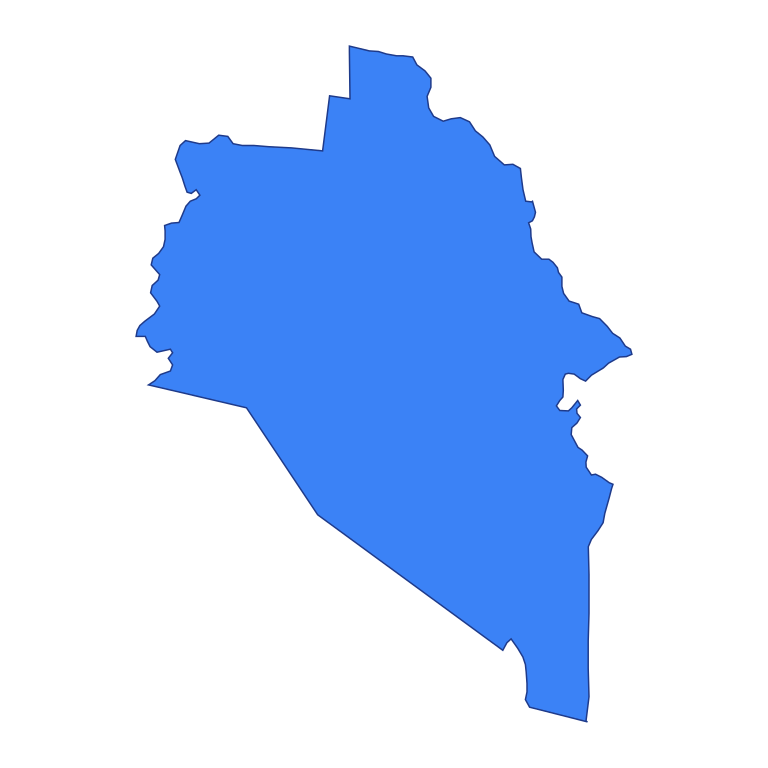 outline of Bera, Pahang, Malaysia
{"feature_id": "92858781B37033160198468", "entity_name": "Bera", "entity_type": "district", "adm_level": 2, "iso_a3": "MYS", "parent_name": "Malaysia", "parent_adm1": "Pahang", "projection": "robinson", "projection_center": [102.581, 3.142], "detail": "fine", "context": "isolated", "style": "filled", "palette": "blue", "viewbox_px": 768, "rotation_deg": 0, "n_neighbors": 0, "source": "geoboundaries", "source_scale": "gbopen_adm2", "svg_char_len": 2337}
<svg xmlns="http://www.w3.org/2000/svg" viewBox="0 0 768 768"><path d="M175.3,159.4L180.1,172.2L182.2,177.6L184.9,186.1L187.1,192.2L191.3,193.4L196.2,189.7L199.9,195.2L196.2,198.8L190.3,201.2L186.0,206.1L182.2,215.2L179.0,222.5L171.5,223.1L164.6,225.5L165.1,230.9L165.1,239.4L163.5,246.7L158.7,253.4L152.8,258.2L151.2,264.9L156.0,270.4L159.7,274.6L158.1,280.1L152.2,285.5L150.6,292.8L157.0,301.3L159.7,306.1L154.4,314.0L144.7,321.3L139.9,325.5L137.2,330.4L136.1,336.4L145.3,336.4L147.4,341.3L150.1,346.7L157.0,352.2L170.4,349.2L172.6,352.8L168.3,358.3L172.6,364.9L170.4,371.0L160.3,374.6L154.9,380.7L148.5,384.9L155.4,386.5L246.5,407.8L317.7,514.8L502.8,650.3L506.9,642.7L511.1,638.9L517.8,648.4L522.9,657.0L525.4,664.5L526.2,672.1L527.0,683.5L527.0,692.0L525.4,699.6L529.6,707.2L532.0,707.8L587.5,721.9L586.0,721.1L589.0,696.7L588.2,668.3L588.2,640.8L589.0,613.4L589.0,574.5L588.3,546.7L591.4,539.4L597.9,530.8L603.1,522.7L604.8,513.4L609.2,497.8L611.6,488.5L613.0,484.3L609.2,482.7L601.7,477.3L595.5,474.2L591.4,475.0L586.2,467.2L585.9,462.1L587.6,455.9L582.1,450.1L578.0,447.4L571.2,434.6L571.8,427.6L577.0,423.0L580.4,417.5L577.0,413.3L576.6,409.0L580.4,405.1L577.7,400.5L571.8,407.8L568.4,410.9L559.8,410.5L556.4,405.9L559.8,400.5L562.9,397.0L563.3,390.4L562.9,379.5L565.3,374.1L568.4,373.3L574.2,374.1L580.4,378.7L585.6,381.1L591.4,375.2L603.4,367.9L608.5,363.2L613.3,360.5L619.5,357.0L626.4,356.6L631.9,354.3L630.5,349.2L625.3,346.1L619.9,338.0L612.6,333.3L607.2,326.3L599.6,318.6L592.4,316.6L581.8,312.8L578.7,304.2L574.2,302.7L569.1,301.1L563.6,293.4L561.9,286.4L561.9,277.1L558.5,272.4L557.4,267.8L553.0,262.3L548.9,259.2L541.7,259.2L534.1,251.9L532.1,242.9L531.0,236.7L530.7,229.0L528.6,222.8L532.4,220.8L534.4,216.9L535.5,212.3L532.5,201.3L531.6,201.9L525.7,201.2L523.0,189.7L521.4,177.6L520.4,168.5L512.9,164.3L504.3,164.9L494.6,156.4L489.8,144.9L482.9,137.0L475.4,130.9L469.5,121.8L460.3,117.6L451.2,118.8L443.2,121.2L433.6,116.4L428.7,107.9L427.1,96.4L430.9,87.3L430.9,78.2L425.0,70.9L416.9,64.9L412.7,57.0L403.0,55.8L396.6,55.8L386.4,54.0L378.4,51.5L369.3,50.9L349.4,46.1L349.4,52.1L350.0,98.8L329.6,95.8L322.6,150.9L291.6,147.9L268.5,146.7L254.0,145.5L242.3,145.5L233.1,143.7L227.8,136.4L218.7,135.2L209.0,143.1L199.4,143.7L185.5,140.6L180.1,145.5L175.3,159.4Z" fill="#3b82f6" stroke="#1e3a8a" stroke-width="1.5"/></svg>